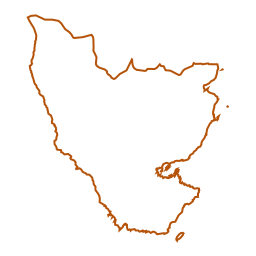 the district of Kaldrananeshreppur, Vestfirðir, Iceland
{"feature_id": "244011B77106600698129", "entity_name": "Kaldrananeshreppur", "entity_type": "district", "adm_level": 2, "iso_a3": "ISL", "parent_name": "Iceland", "parent_adm1": "Vestfirðir", "projection": "orthographic", "projection_center": [-21.462, 65.822], "detail": "fine", "context": "isolated", "style": "outline", "palette": "amber", "viewbox_px": 256, "rotation_deg": 0, "n_neighbors": 0, "source": "geoboundaries", "source_scale": "gbopen_adm2", "svg_char_len": 5874}
<svg xmlns="http://www.w3.org/2000/svg" viewBox="0 0 256 256"><path d="M27.8,17.4L29.6,21.2L34.0,28.4L36.3,35.2L36.0,39.7L35.1,41.5L35.4,42.6L35.0,43.5L34.4,48.8L34.5,50.6L33.5,52.1L33.6,55.0L32.6,58.5L31.6,60.0L31.6,62.7L32.1,63.6L31.1,65.1L29.8,65.8L30.4,69.8L31.3,71.3L31.1,72.4L32.1,73.8L32.0,74.9L32.5,75.8L32.4,76.7L33.1,78.0L34.2,82.2L35.1,84.3L36.4,85.4L36.7,87.3L39.2,90.5L39.4,91.5L39.3,93.4L40.5,94.9L43.1,96.4L44.5,100.3L44.1,101.3L44.7,103.3L44.6,104.1L46.2,106.0L46.4,107.2L47.4,108.1L47.4,109.7L47.7,110.0L48.4,113.7L51.1,115.6L52.4,119.8L51.8,121.6L52.1,123.2L53.7,123.8L54.5,124.8L54.4,125.3L54.9,125.5L54.6,126.1L55.9,127.5L56.2,130.1L55.5,130.8L55.4,131.4L56.8,132.7L57.3,134.7L56.4,137.5L56.3,139.2L56.1,139.8L54.4,141.0L54.6,144.2L56.1,146.5L56.7,147.9L56.6,148.8L57.1,149.6L61.1,150.2L61.2,152.2L62.6,152.6L64.4,154.4L68.2,154.0L70.9,156.0L71.3,156.7L70.4,157.9L70.4,158.3L70.9,159.2L74.1,160.4L75.6,162.2L75.5,164.7L77.4,166.8L77.6,167.6L76.7,168.1L77.6,168.9L79.6,168.3L81.4,169.7L82.7,171.9L85.8,173.3L86.7,174.5L89.4,174.7L91.8,177.1L92.4,178.2L92.5,180.0L93.2,180.7L93.8,184.4L95.5,186.6L95.4,189.0L95.6,190.3L98.1,193.6L99.3,195.9L99.8,198.6L99.6,202.2L104.5,205.1L104.2,206.9L104.8,205.8L105.4,205.7L106.0,206.5L106.3,208.1L107.8,208.8L109.3,211.2L110.5,211.6L109.8,213.0L110.6,213.8L109.9,214.7L110.4,215.2L111.1,214.7L112.9,216.0L112.5,217.1L113.2,216.5L114.6,217.6L115.1,219.6L114.4,221.1L115.5,220.5L115.0,223.4L115.2,224.8L117.9,225.5L118.9,227.4L119.6,227.8L119.5,230.2L122.8,227.0L123.2,225.7L124.4,224.2L124.8,224.5L124.4,225.6L125.8,223.8L127.0,224.9L127.1,228.0L127.6,229.6L128.5,230.0L129.6,229.4L130.5,229.7L130.7,230.6L131.7,229.6L134.6,229.1L135.7,230.5L138.0,230.4L139.6,231.7L142.8,230.5L143.5,230.9L142.9,231.6L143.5,231.8L146.1,230.8L146.6,231.9L145.6,232.0L145.9,232.5L147.2,231.6L148.7,231.4L150.8,232.9L153.1,231.6L155.1,232.2L157.1,234.2L163.7,233.2L164.4,233.3L164.5,233.9L166.8,233.0L168.4,231.6L168.4,230.9L167.7,230.2L167.7,229.4L169.7,227.7L169.3,227.0L170.5,223.3L172.0,222.2L175.3,221.7L178.5,215.4L182.1,212.0L182.8,207.9L183.9,206.7L184.0,205.6L184.7,205.4L185.0,204.3L187.5,203.8L188.4,204.4L190.2,203.5L192.9,201.2L192.7,199.8L193.9,199.4L194.3,198.2L195.3,197.0L197.9,196.9L197.7,196.3L198.0,195.7L198.0,193.5L199.0,192.0L198.8,190.7L199.3,190.2L198.9,189.4L199.0,188.6L197.2,188.2L194.4,188.7L192.8,187.7L192.8,187.0L192.4,186.7L190.1,186.8L189.2,186.0L189.7,185.5L189.5,185.2L187.4,185.8L185.8,184.4L184.4,184.9L183.8,184.1L184.0,183.5L182.3,183.2L182.2,182.6L181.3,183.4L180.0,182.6L180.4,181.1L179.9,180.9L180.7,179.1L180.2,178.9L180.3,178.1L179.8,178.2L179.9,177.1L179.2,177.5L179.1,176.6L178.2,176.0L178.3,174.9L176.9,173.6L176.9,172.8L178.1,172.1L178.6,170.1L177.4,170.2L177.4,171.2L176.6,171.8L175.4,175.1L174.7,176.2L174.5,175.6L172.2,175.8L172.0,175.6L172.5,175.4L171.7,175.3L171.1,175.7L171.9,175.9L171.6,176.4L171.7,176.8L169.0,177.9L167.7,178.1L166.8,177.8L166.8,177.3L164.6,177.2L163.2,178.1L162.4,176.3L160.4,176.5L159.9,175.3L160.2,174.7L158.2,175.5L158.3,172.8L158.1,172.1L158.4,171.7L156.8,172.5L157.4,171.3L156.9,170.2L156.3,169.8L156.4,168.9L157.1,168.3L158.6,168.7L159.4,167.7L161.2,167.9L161.8,167.5L163.3,164.2L166.2,162.8L169.8,163.7L171.6,162.5L174.0,162.3L174.5,161.4L176.2,160.8L179.9,160.9L181.5,159.9L182.3,160.6L182.9,160.0L183.5,160.7L187.5,159.7L188.7,158.7L189.0,157.6L189.5,157.6L189.5,156.4L190.5,154.9L193.1,153.3L193.8,151.8L196.4,149.8L196.7,148.8L198.0,147.9L198.2,147.3L200.1,146.7L201.4,144.5L201.4,143.4L201.9,141.5L204.7,137.6L205.3,135.7L206.3,135.1L206.5,134.2L206.0,133.8L206.4,133.3L207.1,129.2L209.9,123.6L211.3,122.4L211.6,121.2L215.0,120.1L214.9,119.3L214.3,119.2L214.8,118.3L213.9,117.2L214.1,116.5L213.7,116.0L214.0,115.1L213.6,114.9L213.8,114.4L213.1,114.0L213.1,111.8L213.7,109.8L213.6,109.1L214.3,107.7L214.2,106.7L214.7,104.6L216.6,102.4L218.4,99.2L217.5,98.9L217.3,96.8L215.7,95.9L214.3,94.1L209.8,92.7L208.3,91.6L207.2,90.0L207.9,88.4L204.5,90.8L204.6,90.2L205.1,89.9L203.9,88.3L203.7,87.0L203.8,86.0L204.3,85.1L205.9,85.0L209.0,83.4L211.4,81.0L213.7,80.0L215.7,77.7L217.0,73.2L217.4,70.2L218.1,69.0L218.2,67.8L217.4,64.3L209.0,64.2L208.1,63.4L202.4,64.3L201.5,63.7L195.3,63.9L193.7,63.1L192.6,65.8L184.6,69.3L182.9,70.9L180.6,74.5L178.8,75.0L170.5,70.7L165.6,70.2L163.6,66.2L161.1,66.0L159.8,64.3L156.9,67.7L154.7,69.0L147.6,68.9L145.9,70.7L144.7,70.9L136.6,69.8L134.2,68.2L133.3,66.7L132.6,64.7L132.2,61.9L132.2,59.8L131.9,59.4L126.5,70.4L119.8,74.0L115.4,78.4L113.8,79.0L111.3,77.5L110.5,76.0L107.9,74.1L107.1,73.0L106.9,71.3L104.9,69.5L99.7,67.8L97.2,66.2L96.2,64.9L95.9,63.4L96.5,57.2L93.3,50.4L93.6,48.3L93.4,38.9L92.9,36.8L91.5,34.8L82.6,37.2L74.1,38.0L73.0,37.3L71.3,34.3L69.2,32.0L65.2,29.2L61.3,23.4L58.6,20.9L52.5,19.7L44.8,19.6L35.9,15.4L31.0,15.9L27.8,17.4ZM182.8,232.8L181.1,233.0L179.3,234.2L176.9,237.1L176.3,239.1L176.4,239.9L177.0,240.6L177.1,240.0L180.2,238.2L182.8,235.2L183.1,233.8L183.5,233.4L182.8,232.8ZM160.5,172.2L162.2,171.0L162.3,169.7L161.4,170.5L160.5,172.2ZM176.6,170.0L177.3,168.9L176.4,169.2L175.0,170.9L176.6,170.0ZM175.1,173.8L175.5,172.3L176.1,171.5L175.3,171.7L174.3,173.5L175.1,173.8ZM216.9,118.4L218.3,117.2L218.7,116.2L217.6,117.0L216.9,118.4ZM166.8,169.0L167.5,167.9L166.6,168.3L165.9,169.5L166.8,169.0ZM217.2,120.1L218.2,118.6L218.7,118.3L217.9,118.4L216.9,119.8L217.2,120.1ZM165.4,168.5L166.3,168.1L166.4,167.4L165.4,168.5ZM169.3,176.1L172.3,174.3L169.2,175.9L169.3,176.1ZM168.0,168.6L168.9,167.7L168.2,167.8L168.0,168.6ZM168.7,165.6L169.4,165.7L169.8,165.3L169.4,164.8L168.7,165.6ZM227.8,107.4L227.8,106.6L228.2,105.8L227.4,106.6L227.8,107.4ZM108.4,215.6L109.0,214.8L109.0,214.6L108.2,214.9L108.4,215.6ZM222.3,69.5L222.8,69.4L223.1,68.8L222.3,69.5ZM170.2,176.2L169.4,176.4L169.3,176.9L169.6,176.9L170.2,176.2ZM75.6,168.5L76.1,169.0L76.3,168.8L75.6,168.5Z" fill="none" stroke="#b45309" stroke-width="2"/></svg>